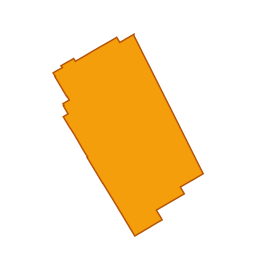 Castellanos, Santa Fe, Argentina (Robinson projection), rotated 138°
{"feature_id": "61730980B49644503791094", "entity_name": "Castellanos", "entity_type": "district", "adm_level": 2, "iso_a3": "ARG", "parent_name": "Argentina", "parent_adm1": "Santa Fe", "projection": "robinson", "projection_center": [-61.604, -31.24], "detail": "fine", "context": "isolated", "style": "filled", "palette": "amber", "viewbox_px": 256, "rotation_deg": 138, "n_neighbors": 0, "source": "geoboundaries", "source_scale": "gbopen_adm2", "svg_char_len": 2507}
<svg xmlns="http://www.w3.org/2000/svg" viewBox="0 0 256 256"><g transform="rotate(138 128 128)"><path d="M60.8,193.7L62.5,194.0L62.9,194.1L63.9,194.3L64.6,194.5L65.3,194.6L66.2,194.8L66.8,194.9L69.0,195.4L70.6,195.7L72.0,196.0L73.3,196.3L74.7,196.6L74.9,196.6L76.9,197.1L76.8,197.5L76.5,198.8L76.3,200.0L76.1,201.0L75.7,202.9L75.8,202.9L80.5,203.9L86.7,205.2L86.8,205.2L86.8,205.3L88.9,205.7L90.3,206.0L91.2,206.3L91.3,206.3L91.5,206.3L93.6,206.8L95.4,207.2L97.1,207.5L98.6,207.8L99.9,208.1L100.0,208.1L100.4,208.2L102.1,208.6L104.0,208.9L105.2,209.2L106.6,209.5L106.8,209.5L107.9,209.7L108.0,209.8L108.3,209.8L108.9,209.9L109.1,210.0L110.3,210.2L111.7,210.5L113.2,210.8L115.6,211.3L116.2,211.5L117.3,211.7L119.0,212.0L120.6,212.4L122.5,212.8L122.4,213.2L122.3,213.8L122.1,215.1L121.9,216.0L122.0,216.0L124.5,216.5L125.7,216.8L127.1,217.1L127.7,217.3L129.7,217.7L132.4,218.3L134.5,218.7L136.2,219.1L136.3,218.2L136.3,217.7L136.3,217.1L136.3,216.8L136.7,216.9L137.5,217.1L138.2,217.2L143.9,218.5L146.8,219.1L147.6,214.8L148.0,214.9L148.4,212.9L148.4,212.7L148.6,211.9L148.6,211.7L149.6,206.8L150.5,202.2L151.3,198.3L152.0,194.7L152.1,194.3L152.4,192.8L152.5,192.4L152.1,192.3L152.9,188.1L160.1,189.6L160.5,187.6L161.2,187.8L162.2,183.1L163.1,178.6L166.2,179.2L168.6,179.7L169.6,174.6L170.0,172.3L171.1,166.8L171.1,166.7L171.2,166.3L171.1,165.7L172.0,160.8L172.2,159.6L172.3,159.1L173.2,154.6L174.4,149.0L175.1,145.6L175.2,145.4L176.0,141.4L176.4,139.4L176.9,136.5L177.3,133.7L178.0,133.8L179.2,127.6L180.3,122.1L180.3,121.7L180.6,120.6L181.3,116.6L182.2,112.0L182.6,110.1L183.5,105.6L183.8,103.8L183.9,103.6L183.9,103.4L183.7,103.4L185.2,95.5L185.7,92.5L186.3,89.5L186.3,89.4L186.9,86.0L186.9,85.9L188.0,80.3L188.1,79.5L189.2,74.1L189.4,73.2L189.9,70.4L190.1,69.2L190.6,66.7L191.6,61.7L191.7,61.4L192.8,55.4L192.9,55.1L193.5,52.1L194.2,48.1L195.1,43.7L195.2,43.2L193.0,42.7L192.5,42.7L190.6,42.3L189.6,42.1L188.4,41.8L182.8,40.7L180.9,40.3L178.9,39.9L176.4,39.4L176.2,39.4L171.2,38.4L170.0,38.2L167.8,37.7L165.6,37.2L164.1,36.9L163.6,39.0L161.9,48.0L146.0,44.7L143.7,44.2L142.2,43.9L138.5,43.1L137.1,42.8L135.0,42.4L130.4,41.4L130.2,41.4L130.1,41.9L129.9,42.9L129.2,46.1L128.6,49.1L125.2,48.4L120.9,47.5L117.8,46.8L117.2,46.7L113.6,45.9L112.8,45.7L110.6,45.3L106.3,44.4L106.2,44.4L102.7,43.7L102.6,44.1L100.3,52.7L96.1,67.9L91.9,83.1L88.7,94.6L84.2,110.9L81.2,121.9L76.3,139.8L71.2,158.3L67.0,173.9L63.8,185.3L62.1,191.7L61.8,192.8L60.8,193.7Z" fill="#f59e0b" stroke="#b45309" stroke-width="1.5"/></g></svg>